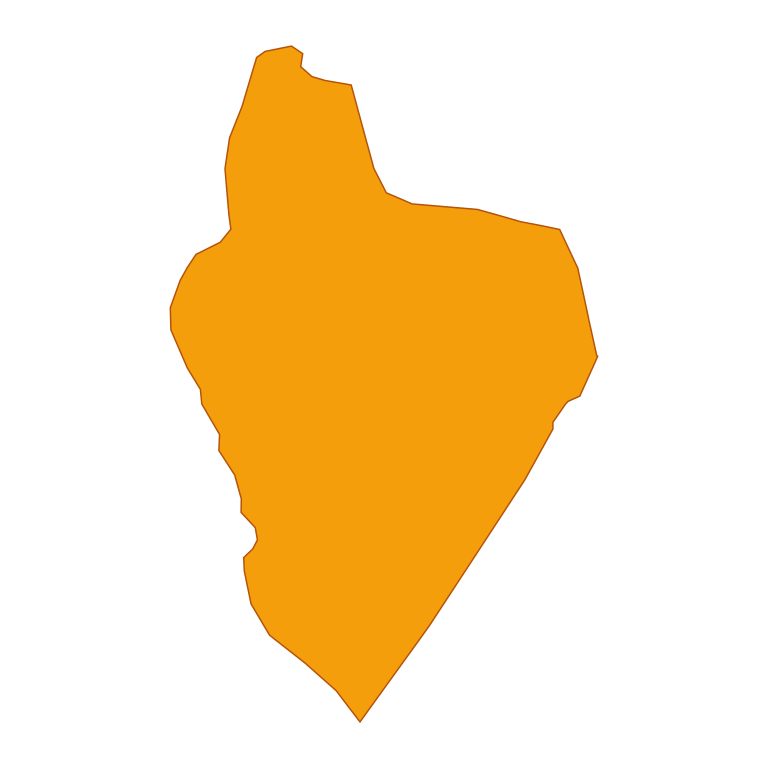 the district of Boe & Quilla, Nimba, Liberia
{"feature_id": "62588387B21067170743113", "entity_name": "Boe & Quilla", "entity_type": "district", "adm_level": 2, "iso_a3": "LBR", "parent_name": "Liberia", "parent_adm1": "Nimba", "projection": "natural_earth1", "projection_center": [-8.658, 6.778], "detail": "fine", "context": "isolated", "style": "filled", "palette": "amber", "viewbox_px": 768, "rotation_deg": 0, "n_neighbors": 0, "source": "geoboundaries", "source_scale": "gbopen_adm2", "svg_char_len": 1270}
<svg xmlns="http://www.w3.org/2000/svg" viewBox="0 0 768 768"><path d="M361.5,719.8L380.7,693.2L392.3,677.1L419.5,639.5L429.5,625.5L478.7,550.4L524.9,479.7L535.1,461.3L552.9,429.0L552.9,422.3L565.3,404.4L567.0,402.5L568.0,401.4L579.8,396.1L591.8,369.5L597.7,356.3L596.7,355.5L590.8,328.6L589.1,321.2L587.6,313.8L577.8,268.2L570.6,252.8L564.2,239.2L559.7,229.5L554.9,228.5L543.5,226.1L520.6,221.7L496.2,214.7L477.7,209.5L473.6,209.1L444.7,206.7L412.0,203.9L389.1,194.0L386.3,192.8L373.9,168.5L367.9,146.4L366.8,142.6L351.2,85.0L330.5,81.4L325.1,80.5L311.9,76.6L307.3,72.5L300.7,66.7L302.7,53.7L291.5,46.1L285.4,47.3L265.2,51.4L256.6,57.5L255.5,61.4L255.0,62.9L249.3,82.0L242.1,106.3L233.5,127.9L230.5,135.5L229.6,137.6L225.4,165.9L225.0,168.9L227.0,192.5L228.9,214.7L230.9,229.2L227.1,233.8L220.3,242.2L196.0,254.4L187.4,267.4L180.2,280.3L172.3,302.2L170.3,307.8L170.8,325.9L170.9,329.9L187.4,368.1L200.4,389.4L201.5,400.8L201.8,404.0L215.8,428.0L219.6,434.5L219.4,438.1L218.9,450.6L234.7,475.0L240.2,494.9L241.3,498.7L241.2,504.8L241.1,512.4L255.3,527.7L257.4,539.9L252.7,549.0L243.7,557.6L244.3,571.0L250.9,603.1L251.1,604.0L269.5,635.1L273.6,638.4L305.3,663.3L336.3,690.8L348.6,707.0L360.0,721.9L361.5,719.8Z" fill="#f59e0b" stroke="#b45309" stroke-width="1.5"/></svg>